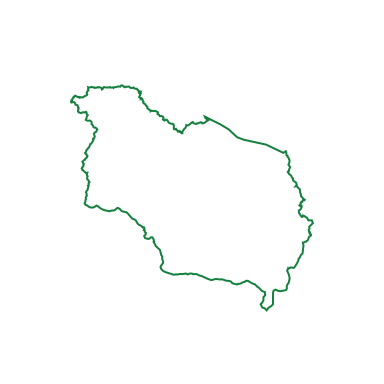 Kaleum, Xékong, Laos, rotated 245°
{"feature_id": "54806243B53165803906009", "entity_name": "Kaleum", "entity_type": "district", "adm_level": 2, "iso_a3": "LAO", "parent_name": "Laos", "parent_adm1": "Xékong", "projection": "albers", "projection_center": [107.195, 15.875], "detail": "fine", "context": "isolated", "style": "outline", "palette": "green", "viewbox_px": 384, "rotation_deg": 245, "n_neighbors": 0, "source": "geoboundaries", "source_scale": "gbopen_adm2", "svg_char_len": 6070}
<svg xmlns="http://www.w3.org/2000/svg" viewBox="0 0 384 384"><g transform="rotate(245 192 192)"><path d="M254.9,235.5L253.2,235.4L251.5,236.6L251.0,236.2L250.2,236.8L250.0,234.8L249.5,233.3L249.5,230.9L249.9,230.3L250.5,230.4L251.4,229.6L251.3,229.3L251.8,227.6L251.6,226.4L252.1,225.5L251.9,224.3L254.0,222.3L255.1,222.3L255.2,221.7L254.3,218.5L254.0,216.4L255.0,215.1L254.1,214.6L252.8,212.9L252.6,211.9L251.0,209.1L250.5,208.6L249.5,208.3L249.3,207.8L250.9,206.7L251.4,207.1L252.3,206.8L252.7,206.4L252.4,205.8L252.7,205.4L252.6,204.8L254.3,204.7L255.2,203.9L256.0,204.1L256.4,202.3L256.6,202.2L258.5,202.9L259.4,203.5L260.1,203.5L261.1,203.9L261.9,203.4L262.0,202.8L264.0,200.6L265.4,200.0L266.0,200.2L268.1,199.7L268.6,198.8L268.4,197.2L269.9,196.3L270.3,196.4L270.7,197.4L272.2,197.6L273.9,196.3L274.1,195.3L274.4,194.9L275.9,194.8L277.1,193.7L278.6,194.8L280.6,193.4L281.4,192.4L281.5,191.3L282.6,190.0L282.6,188.7L283.2,189.0L283.7,188.8L284.2,188.0L285.1,187.9L286.7,186.9L288.3,187.6L289.8,186.7L291.2,186.8L292.9,185.6L293.9,185.7L294.2,186.2L295.1,185.9L296.3,186.2L296.7,185.9L297.4,186.3L298.1,186.0L297.9,185.7L298.2,185.3L298.1,184.8L298.6,185.0L300.3,184.2L301.0,184.9L301.4,185.5L302.2,186.2L302.8,186.2L302.5,186.6L303.1,186.9L303.1,187.3L303.9,187.3L304.6,188.0L304.9,187.2L305.7,186.7L305.4,186.1L306.1,186.3L307.5,186.1L307.8,185.7L308.9,185.6L309.9,183.8L311.4,183.2L311.2,182.6L312.3,180.3L314.2,179.5L314.9,177.3L315.3,176.9L315.2,175.9L315.6,174.9L316.7,174.8L318.3,173.5L318.4,172.5L317.8,171.5L318.7,170.0L319.8,165.3L319.6,164.9L320.2,164.8L320.5,163.4L320.9,162.7L321.7,162.2L321.5,161.5L322.0,160.7L322.0,160.3L322.4,159.9L322.8,158.7L324.3,156.5L323.2,154.6L323.0,153.7L324.7,153.9L326.1,152.4L326.4,151.2L326.9,150.9L327.0,148.8L327.8,148.0L327.7,147.5L328.5,147.1L329.0,146.1L329.6,145.5L330.0,143.0L330.8,142.2L330.1,142.1L329.3,141.2L328.0,141.2L327.7,141.0L327.6,139.9L326.7,138.7L326.3,138.4L324.5,138.2L324.1,137.2L324.3,136.2L323.9,132.8L325.0,131.3L324.8,130.2L325.1,129.7L325.9,129.8L326.4,128.5L328.4,127.1L328.7,126.5L328.2,125.9L328.2,125.4L327.9,125.2L328.1,124.8L327.7,124.5L327.3,123.3L326.0,122.4L326.1,121.5L325.5,121.5L325.0,121.0L324.9,120.5L324.4,120.4L324.0,120.6L323.8,122.1L323.0,123.3L322.0,123.6L320.4,123.3L319.2,124.7L317.7,124.9L316.9,124.4L316.1,124.8L315.1,124.2L315.1,123.8L313.2,122.8L312.8,123.1L312.1,122.9L310.3,125.0L310.5,126.0L310.3,127.1L309.5,128.0L309.4,129.2L309.6,129.4L308.9,130.1L307.1,129.5L305.7,130.0L304.4,128.1L303.6,127.7L302.3,126.2L301.0,127.1L299.8,129.7L298.5,130.4L297.5,130.5L296.2,129.7L294.0,130.3L292.4,130.1L291.6,130.7L291.4,131.5L289.9,132.4L288.5,132.5L288.4,131.9L287.1,130.8L287.0,128.8L286.0,128.0L286.0,127.6L283.5,127.4L282.3,126.2L281.8,125.4L282.1,125.0L281.9,124.7L281.6,124.5L281.1,124.8L280.0,123.7L278.4,120.9L278.4,119.9L275.9,117.6L275.8,116.5L274.8,115.2L274.9,114.6L274.4,113.8L273.3,113.1L272.6,111.5L271.3,111.9L270.8,112.4L269.7,112.0L268.8,112.5L267.6,111.1L267.3,109.4L266.5,108.7L266.6,108.0L265.8,105.5L264.2,105.5L263.6,105.9L263.2,105.9L262.3,104.8L261.7,104.8L260.9,103.6L260.7,102.7L259.8,101.9L259.1,102.2L258.2,101.9L257.9,102.3L254.1,103.9L253.7,105.3L252.4,104.1L251.5,103.8L250.4,104.1L250.0,103.5L248.2,102.5L245.6,103.2L244.5,102.6L244.1,103.0L243.5,101.9L242.1,101.4L241.7,100.4L240.8,100.6L238.9,98.8L238.3,98.6L237.2,96.4L236.5,95.8L235.4,95.9L234.0,95.2L233.3,95.3L232.1,93.5L230.4,92.9L229.6,91.9L228.6,91.5L227.6,90.4L226.8,89.8L225.3,90.1L224.4,91.1L221.5,92.7L220.2,94.7L219.7,95.8L219.8,98.4L220.1,99.6L219.1,100.6L216.0,102.1L212.8,104.6L209.4,109.1L209.3,110.5L208.1,114.2L209.0,116.8L209.0,117.8L208.6,118.4L206.6,119.6L204.6,120.1L203.8,120.8L201.3,124.0L199.8,124.7L193.1,126.6L191.0,128.6L190.1,129.0L186.2,129.4L185.1,129.9L182.5,131.8L180.7,132.3L180.5,132.5L180.5,133.4L180.0,133.7L178.5,133.2L177.9,132.3L177.4,132.9L175.9,132.4L174.4,133.0L173.8,132.3L172.9,131.9L172.4,130.1L170.4,129.9L169.7,130.3L168.0,132.5L167.7,134.0L168.3,135.6L167.7,136.9L165.5,137.2L163.2,136.8L163.0,136.1L159.1,136.5L158.3,136.3L153.0,138.5L148.1,137.5L145.9,137.8L144.5,136.8L140.6,136.3L139.9,135.7L138.1,132.5L137.2,131.7L135.0,131.6L132.9,132.3L130.9,133.8L124.8,140.4L124.0,143.1L123.4,143.6L122.9,146.2L121.7,148.6L120.7,152.0L119.1,153.3L119.1,155.2L118.4,156.9L117.8,157.8L117.0,158.3L116.2,160.5L115.3,161.8L113.2,163.4L111.9,165.1L106.8,169.4L104.0,172.2L103.1,176.8L100.6,181.0L100.3,182.2L97.0,185.7L95.7,188.1L94.3,189.5L92.2,190.0L89.3,193.6L89.1,194.2L89.3,194.9L88.7,196.3L88.5,197.6L88.7,200.0L88.3,202.0L88.7,203.2L87.9,205.1L83.8,207.9L81.4,210.2L79.1,210.9L77.0,212.1L72.7,213.6L70.5,215.8L67.5,214.7L66.6,212.4L63.6,210.9L62.0,208.8L61.3,206.8L57.5,206.9L55.8,208.8L53.2,209.7L54.6,212.1L55.4,216.7L56.2,218.0L65.2,222.3L66.9,223.2L68.1,224.3L68.2,226.5L65.8,228.5L64.7,230.3L63.4,235.7L64.3,237.1L66.6,238.1L67.9,239.4L68.7,241.1L72.4,244.0L76.2,244.9L80.5,245.0L82.1,246.7L81.7,246.7L81.6,247.3L81.9,249.1L81.8,250.0L80.5,251.6L80.3,252.3L80.4,252.8L82.9,256.9L84.5,258.9L86.3,260.4L87.2,262.1L88.9,264.1L89.7,266.3L96.4,270.4L99.3,271.1L99.0,272.3L99.1,273.8L98.8,274.2L99.4,276.6L102.0,279.3L102.3,281.3L103.1,281.9L104.7,281.0L105.4,281.1L105.4,281.7L105.7,281.9L107.2,281.4L108.5,281.9L109.2,283.0L111.0,283.6L112.7,288.4L115.7,288.6L117.1,285.5L119.8,285.4L123.0,283.5L123.8,282.6L122.8,281.8L123.1,280.9L127.9,280.1L130.1,281.0L130.4,283.2L132.1,285.0L133.1,285.4L133.3,284.3L134.4,283.7L134.8,284.3L135.0,285.4L136.5,286.0L136.7,286.5L136.4,287.8L137.4,288.4L137.9,289.1L137.0,290.4L137.3,290.9L138.8,290.1L142.3,289.0L143.8,289.7L146.4,289.8L148.7,290.9L150.5,290.1L152.9,289.5L153.3,288.2L154.2,289.9L156.5,290.3L159.7,288.5L161.8,289.1L163.0,288.7L164.9,288.8L167.8,287.4L168.9,287.7L169.7,287.2L169.9,287.3L170.1,288.6L171.9,290.0L173.1,291.5L175.9,290.9L178.1,293.1L179.8,293.9L180.6,293.7L181.8,294.0L183.4,293.5L184.5,293.9L185.4,293.1L187.9,294.1L189.3,294.2L188.9,291.3L203.6,279.2L217.5,261.0L222.5,256.1L233.2,251.7L241.4,246.2L254.9,235.5Z" fill="none" stroke="#15803d" stroke-width="2"/></g></svg>